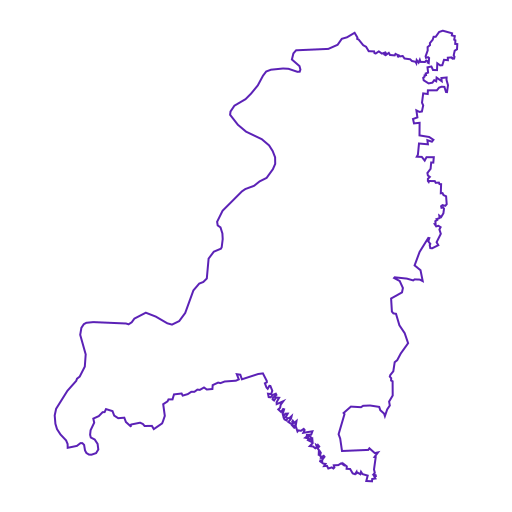 outline of Brahamanbaria, Chittagong, Bangladesh
{"feature_id": "16705992B2831557138260", "entity_name": "Brahamanbaria", "entity_type": "district", "adm_level": 2, "iso_a3": "BGD", "parent_name": "Bangladesh", "parent_adm1": "Chittagong", "projection": "orthographic", "projection_center": [91.088, 23.957], "detail": "fine", "context": "isolated", "style": "outline", "palette": "violet", "viewbox_px": 512, "rotation_deg": 0, "n_neighbors": 0, "source": "geoboundaries", "source_scale": "gbopen_adm2", "svg_char_len": 5967}
<svg xmlns="http://www.w3.org/2000/svg" viewBox="0 0 512 512"><path d="M440.6,227.2L438.4,225.8L436.2,226.4L434.7,224.1L435.6,224.0L435.3,221.2L437.2,220.0L436.6,219.1L439.6,218.1L439.3,215.6L441.2,217.0L443.4,213.3L444.0,208.7L443.0,207.4L441.5,207.8L441.1,206.2L442.5,205.1L445.3,205.8L446.7,204.2L446.1,196.3L443.5,195.1L442.5,193.1L440.8,193.3L441.1,184.2L439.5,184.1L438.9,182.6L435.7,182.8L434.8,181.1L429.1,181.0L428.7,182.0L427.9,181.0L427.9,178.8L429.8,176.9L427.9,175.5L427.4,173.0L430.6,168.8L431.2,162.5L433.3,162.6L433.8,157.2L426.5,157.2L424.7,160.6L421.8,156.9L416.8,156.7L417.9,154.7L419.0,143.5L427.9,144.3L427.4,140.2L431.9,141.7L433.4,139.8L429.2,137.0L419.5,135.4L419.6,122.8L414.0,123.4L413.0,119.0L417.4,117.4L416.4,110.4L419.4,111.9L421.9,111.5L423.2,105.4L422.0,102.7L423.2,93.4L427.7,94.0L427.9,90.3L436.9,90.3L439.1,87.6L441.7,86.7L444.4,86.9L446.0,92.0L447.0,92.1L448.0,85.2L446.5,79.9L446.6,77.5L441.4,78.0L441.7,81.2L436.6,77.6L436.2,81.3L434.2,80.2L432.4,82.7L428.6,83.4L423.7,80.3L423.2,77.8L424.6,76.6L424.6,75.3L426.0,75.1L425.7,73.5L428.1,72.6L427.5,67.3L431.4,66.5L433.0,70.0L437.0,70.1L437.3,63.3L440.2,65.4L442.3,65.2L444.0,59.8L447.9,60.2L447.8,57.7L451.4,57.4L451.9,58.5L452.0,57.1L452.6,58.7L454.1,58.6L454.5,56.8L453.7,55.3L454.7,50.7L457.0,49.3L457.3,44.1L455.2,43.9L455.4,40.3L454.2,39.7L454.8,36.1L451.8,35.4L452.1,33.3L442.8,30.7L439.1,32.0L435.7,36.8L433.6,36.8L432.7,39.7L429.9,43.1L430.0,45.1L427.6,47.1L427.7,50.4L425.6,56.3L426.0,57.8L428.1,57.2L429.1,58.0L428.7,63.1L427.7,62.6L428.0,61.4L426.2,60.5L425.0,62.0L420.5,61.9L419.8,59.8L418.6,62.6L416.7,60.1L416.3,63.2L415.5,61.8L411.9,61.0L410.2,59.3L404.5,58.5L402.7,56.0L400.0,56.4L399.0,55.5L397.8,57.3L398.0,55.2L395.5,53.9L394.7,55.4L390.0,55.0L388.8,52.9L385.6,55.2L384.6,54.6L386.0,53.4L385.4,52.4L381.9,53.6L378.8,51.4L375.7,53.5L374.5,53.1L374.1,51.4L368.7,51.2L366.1,46.8L363.2,45.2L358.7,39.6L357.2,38.9L357.4,37.5L354.6,32.8L347.0,37.3L341.8,38.8L337.6,44.8L328.3,48.9L296.1,50.3L293.4,53.4L291.9,59.5L299.5,66.1L300.4,69.6L299.7,71.7L297.4,71.8L288.5,68.8L283.1,68.5L271.0,69.7L266.2,71.5L263.0,75.7L257.8,85.4L251.0,93.7L245.6,99.1L234.4,105.7L230.5,111.5L230.1,114.8L237.9,124.8L246.1,131.7L261.8,139.2L269.1,145.4L272.7,151.1L275.1,157.3L275.2,163.9L272.9,169.2L266.6,177.9L259.6,181.4L254.1,185.8L245.4,189.0L241.9,191.4L222.6,210.7L217.1,221.8L217.7,225.4L220.5,227.4L222.4,233.5L222.7,239.1L221.7,247.2L220.9,248.7L213.8,251.7L208.6,258.6L206.8,278.5L203.3,282.0L199.2,283.6L193.4,290.4L185.2,313.0L179.2,321.1L172.0,324.6L167.3,323.3L155.8,316.6L145.8,312.7L134.4,318.6L131.7,322.3L128.6,324.3L126.0,323.5L93.3,322.1L86.3,322.8L83.8,324.2L81.4,327.8L80.2,334.8L85.7,354.4L84.8,366.6L79.7,376.6L77.0,378.7L76.2,380.9L67.4,390.8L56.1,408.8L54.7,415.4L55.4,423.8L57.0,429.1L60.5,434.5L66.1,440.4L67.6,444.0L67.7,447.8L76.9,445.9L80.5,443.1L82.3,443.1L84.1,444.9L85.0,450.4L86.4,453.0L89.0,454.6L91.5,454.7L96.1,453.1L98.3,449.5L97.6,443.9L94.7,439.5L90.8,437.5L90.1,434.8L90.6,430.2L94.2,422.7L93.3,418.6L98.8,416.1L102.6,412.2L104.6,412.1L106.0,409.1L112.5,411.1L114.2,415.6L118.2,418.2L124.3,417.7L125.9,422.0L131.1,426.7L130.5,425.0L131.2,424.5L140.1,422.7L142.9,424.0L144.6,426.0L151.9,425.9L153.8,429.1L162.1,423.4L162.9,421.5L164.8,415.9L163.2,404.2L167.5,401.4L168.5,399.4L172.5,399.4L174.0,394.4L181.6,393.5L182.7,395.6L187.8,394.1L191.3,391.8L194.4,391.8L197.4,389.6L199.8,389.9L204.0,387.5L206.8,389.5L212.4,389.0L212.7,385.1L218.1,382.6L220.5,383.1L224.7,381.5L235.9,380.7L238.8,379.4L236.8,374.2L240.3,374.7L241.9,379.3L258.2,374.0L262.9,373.4L266.8,381.0L266.8,382.3L264.9,383.3L266.5,387.5L267.7,388.8L269.4,385.8L270.4,386.0L272.3,390.8L271.1,394.1L268.0,393.7L268.7,397.1L270.6,397.3L272.8,394.9L275.8,393.7L276.4,394.9L272.9,397.9L272.6,399.4L274.1,400.5L276.1,397.5L279.1,397.8L276.6,402.2L276.7,404.1L283.3,401.2L280.7,404.7L280.1,407.8L278.3,409.4L281.1,412.0L283.1,409.0L284.1,409.3L282.7,413.9L283.3,416.2L285.4,413.7L287.7,413.6L285.9,416.9L283.8,418.0L284.5,419.4L286.6,420.5L287.3,418.1L289.4,418.1L291.6,416.1L291.0,418.7L288.4,422.0L292.1,424.5L293.1,423.2L292.2,421.8L292.8,420.7L294.4,422.8L296.5,421.0L295.8,425.3L292.5,425.8L294.3,427.8L296.0,427.0L297.5,431.5L298.5,430.4L300.9,430.8L303.7,428.9L304.6,430.0L303.3,432.8L312.4,431.3L311.2,434.6L306.9,434.9L306.7,436.6L305.3,437.7L307.5,438.2L309.2,435.9L311.7,438.0L311.0,439.3L308.7,438.9L307.9,440.1L311.3,441.8L312.4,439.9L312.7,443.1L309.8,446.1L313.1,446.5L315.3,448.3L316.8,447.4L316.2,445.0L317.3,445.8L317.9,444.9L319.2,446.5L317.5,448.3L318.9,450.0L318.7,455.6L320.3,452.0L320.8,452.8L319.9,455.6L321.1,456.5L320.8,457.9L321.9,458.0L321.8,456.9L323.7,455.8L324.5,456.8L322.3,459.7L322.2,461.3L320.4,460.5L320.1,461.3L323.3,463.6L325.5,463.9L324.1,466.1L327.0,465.9L328.3,468.5L331.8,467.4L333.4,468.5L334.4,467.5L333.8,465.3L338.3,465.1L341.2,463.3L343.5,464.9L343.4,463.8L346.8,466.4L346.6,468.8L350.1,469.0L352.7,473.4L355.0,474.2L356.5,471.9L356.7,473.2L357.6,472.6L360.3,474.2L361.0,471.8L362.5,474.1L367.7,475.6L366.3,481.0L372.0,481.3L372.2,479.0L375.4,478.5L374.1,476.0L375.8,476.0L375.7,475.2L373.4,474.5L374.8,472.8L374.0,469.5L375.7,457.2L374.5,457.0L378.0,452.4L374.8,453.1L369.4,448.3L368.3,449.9L342.0,451.0L340.2,438.6L338.6,434.2L344.5,414.1L343.6,413.0L350.9,406.6L361.0,407.2L363.1,405.8L370.1,405.5L379.2,406.9L380.3,410.2L384.1,413.6L384.9,416.1L387.2,409.4L389.8,405.5L389.1,401.6L392.7,395.5L392.6,381.3L391.1,380.5L391.2,378.2L389.8,376.6L390.3,375.0L393.3,371.3L394.7,362.2L397.2,360.2L400.8,353.4L408.1,343.2L404.7,333.2L399.4,325.3L396.0,313.8L393.4,313.4L391.9,311.6L391.1,298.5L402.0,292.4L402.9,288.0L399.7,281.0L394.1,278.0L394.7,277.3L406.8,278.6L413.2,280.4L414.6,279.4L419.8,279.6L422.7,281.1L420.5,270.2L414.6,265.4L419.6,251.9L428.3,237.9L429.3,238.1L428.3,241.4L430.3,243.9L429.7,245.0L430.3,248.1L432.1,248.3L438.3,245.2L436.6,242.2L440.8,233.8L439.4,229.5L440.6,227.2Z" fill="none" stroke="#5b21b6" stroke-width="2"/></svg>